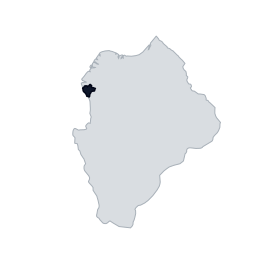 location of Akamkpa, Cross River, Nigeria, rotated 132°
{"feature_id": "59680162B55799213409467", "entity_name": "Akamkpa", "entity_type": "district", "adm_level": 2, "iso_a3": "NGA", "parent_name": "Nigeria", "parent_adm1": "Cross River", "projection": "mercator", "projection_center": [8.538, 5.38], "detail": "fine", "context": "in_parent", "style": "filled", "palette": "ink", "viewbox_px": 256, "rotation_deg": 132, "n_neighbors": 0, "source": "geoboundaries", "source_scale": "gbopen_adm2", "svg_char_len": 4624}
<svg xmlns="http://www.w3.org/2000/svg" viewBox="0 0 256 256"><g transform="rotate(132 128 128)"><path d="M200.5,59.3L207.2,68.7L208.6,75.7L209.1,79.2L210.2,79.6L212.3,79.8L213.8,80.4L214.8,81.6L215.3,82.6L215.4,83.3L215.0,87.5L214.5,89.0L214.8,91.0L214.7,91.9L214.4,92.5L213.5,93.2L212.2,93.9L209.2,95.8L208.3,96.1L207.1,96.2L206.0,96.7L204.7,97.8L201.9,101.7L199.4,105.7L197.7,112.2L195.6,114.2L195.2,116.0L194.8,120.0L194.5,121.2L194.2,121.6L191.9,122.3L190.6,123.3L189.8,125.1L188.8,131.3L188.4,132.3L187.7,133.4L186.5,134.5L185.5,135.2L182.9,135.6L180.4,140.2L180.3,141.0L179.2,145.2L177.3,148.4L177.2,150.5L174.8,153.3L173.6,155.1L174.8,157.1L174.9,157.5L170.8,160.8L170.6,161.3L170.4,163.6L170.1,164.3L169.3,165.1L168.2,166.0L167.1,166.8L165.8,167.3L164.6,167.5L163.9,167.2L163.5,166.5L162.8,163.6L162.4,163.0L161.6,162.5L158.5,159.3L156.6,158.2L156.1,158.3L155.8,158.6L155.3,160.2L154.7,160.8L153.7,161.0L152.0,161.0L150.7,160.8L150.4,160.5L149.8,159.2L145.8,162.1L144.4,162.7L142.7,166.1L140.2,167.7L138.5,169.2L133.9,173.8L133.0,175.1L132.1,177.1L130.1,185.7L127.0,191.1L126.5,192.2L126.3,192.2L125.9,192.7L124.7,192.3L124.1,191.4L123.4,191.2L122.1,189.7L121.8,190.0L123.2,193.7L122.7,195.1L118.8,195.2L115.5,195.6L113.2,195.6L112.0,195.1L111.5,193.7L111.3,193.8L111.2,194.6L110.5,195.2L107.9,195.3L106.8,194.3L105.8,193.3L104.9,192.8L105.0,193.2L106.1,194.3L106.0,195.8L103.9,197.5L102.6,197.6L101.8,196.8L101.4,195.6L101.2,193.8L100.6,192.7L100.3,192.7L100.7,194.6L100.7,196.4L101.7,197.8L100.2,198.3L98.4,198.3L98.1,197.8L97.9,196.6L97.6,196.3L97.2,198.3L93.5,198.8L93.0,198.8L92.8,198.4L93.1,197.9L93.1,197.0L92.2,197.6L92.1,199.0L91.6,199.2L90.2,199.0L88.7,198.3L86.1,196.6L83.1,193.8L82.6,192.5L81.7,191.0L80.1,186.7L80.4,186.5L81.1,186.8L81.4,186.4L80.1,186.1L79.9,185.8L79.8,184.8L79.8,183.7L81.8,183.1L82.2,182.3L82.5,181.6L80.1,182.7L77.9,181.5L77.4,180.8L77.6,180.2L80.2,180.2L81.1,179.6L80.6,179.4L79.6,179.5L79.2,179.1L79.2,178.2L78.9,178.4L78.5,179.2L77.0,179.8L76.1,179.2L76.0,177.9L75.8,177.3L75.1,176.9L72.4,173.5L69.1,170.7L66.1,168.8L61.7,167.8L52.3,167.9L51.8,167.6L52.3,167.2L53.2,166.9L56.2,165.3L55.7,165.1L52.5,166.1L51.5,166.2L50.1,168.1L40.9,168.5L40.9,167.6L41.3,165.1L41.9,163.4L41.2,161.3L41.1,159.5L41.5,158.9L41.6,158.2L41.5,153.3L42.0,152.6L42.0,152.1L41.1,150.1L41.1,148.5L40.9,147.0L40.6,146.3L40.9,140.4L40.8,138.9L41.1,137.9L41.3,135.3L41.3,132.8L41.9,128.9L45.8,128.3L46.8,126.8L47.3,124.8L47.2,122.9L48.4,121.2L50.0,119.7L49.9,118.0L50.4,117.5L51.1,117.1L52.1,116.9L53.3,116.1L54.0,114.7L54.6,112.4L53.6,110.8L53.6,110.4L54.0,109.5L54.6,108.7L55.1,108.4L56.3,108.6L56.6,108.3L57.4,105.7L57.3,105.0L56.2,103.3L55.7,98.7L55.3,98.1L54.5,97.2L52.3,93.9L52.3,92.4L53.3,90.4L53.9,89.5L54.7,88.9L54.9,88.5L54.6,87.9L54.2,87.5L54.1,86.6L54.5,85.3L54.4,84.0L54.6,77.0L56.4,75.6L59.0,73.3L60.4,70.9L61.1,69.1L62.0,63.0L63.4,62.4L66.0,60.2L69.5,58.9L71.9,58.5L75.9,58.7L78.0,58.5L79.7,57.3L80.5,57.0L81.7,56.8L91.8,59.9L92.7,59.8L93.5,60.0L94.8,60.8L97.7,63.8L100.9,68.3L101.8,69.3L102.8,69.8L103.8,70.0L104.6,69.9L105.3,69.5L106.3,68.6L107.8,68.2L109.0,68.3L115.3,64.8L115.9,64.8L119.8,65.5L125.1,69.0L129.4,71.3L132.4,72.0L136.0,72.6L142.0,72.8L146.6,67.9L148.3,66.8L150.4,65.8L154.6,64.9L161.7,64.3L168.3,64.6L172.5,65.4L176.8,67.0L178.7,68.5L181.6,68.8L183.7,68.5L184.4,67.0L186.5,65.0L189.7,63.2L192.3,61.9L194.4,61.3L196.3,59.8L197.9,59.3L200.5,59.3ZM108.1,197.2L106.7,197.6L105.8,197.5L107.1,195.6L107.7,196.0L108.5,196.2L108.1,197.2Z" fill="#d9dde1" stroke="#a8b0b8" stroke-width="1"/><path d="M128.6,188.4L128.9,188.2L129.0,188.0L128.9,187.8L129.1,187.5L129.3,187.4L129.3,187.2L130.2,186.4L130.3,186.3L130.5,185.8L130.5,185.7L130.7,184.6L130.7,184.3L130.7,184.2L130.6,183.9L130.6,183.5L130.6,183.0L130.8,182.5L131.0,181.3L131.0,181.2L131.3,180.8L131.4,180.6L131.5,180.6L131.7,180.4L131.8,180.2L131.9,179.9L131.9,179.7L131.7,179.4L131.3,179.0L131.1,178.5L130.8,178.0L130.9,177.7L130.2,177.7L129.4,178.3L128.8,178.7L128.7,178.8L128.3,179.0L127.7,179.1L127.1,179.2L126.8,179.2L125.6,179.6L125.2,179.5L123.8,178.6L123.4,178.0L123.2,177.9L122.7,177.8L121.3,178.5L120.8,178.7L120.5,178.8L120.6,179.2L120.8,179.6L121.1,180.0L121.2,180.6L121.7,181.5L121.8,181.5L122.1,181.8L122.2,182.1L122.0,182.9L121.7,183.0L120.9,183.4L120.9,183.5L120.8,184.0L121.0,184.8L120.9,185.1L121.0,185.3L121.7,185.5L122.3,185.0L122.5,185.1L123.3,185.6L124.4,185.7L124.2,186.5L124.2,186.8L124.3,186.9L124.6,187.1L124.9,187.3L125.0,187.5L125.3,187.8L125.3,188.0L125.9,188.3L126.0,188.2L126.1,188.3L126.9,188.2L127.2,188.0L127.6,188.1L128.6,188.4Z" fill="#0f172a" stroke="#020617" stroke-width="1.5"/></g></svg>